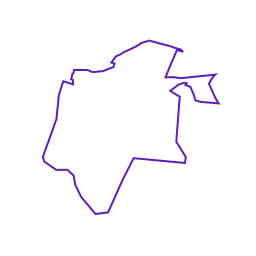 outline of Soledad Etla, Oaxaca, Mexico, rotated 290°
{"feature_id": "50627088B55469637772228", "entity_name": "Soledad Etla", "entity_type": "district", "adm_level": 2, "iso_a3": "MEX", "parent_name": "Mexico", "parent_adm1": "Oaxaca", "projection": "equal_earth", "projection_center": [-96.818, 17.158], "detail": "fine", "context": "isolated", "style": "outline", "palette": "violet", "viewbox_px": 256, "rotation_deg": 290, "n_neighbors": 0, "source": "geoboundaries", "source_scale": "gbopen_adm2", "svg_char_len": 2205}
<svg xmlns="http://www.w3.org/2000/svg" viewBox="0 0 256 256"><g transform="rotate(290 128 128)"><path d="M131.4,178.2L133.1,177.7L137.5,176.4L159.1,170.4L163.1,169.3L165.1,168.7L168.9,167.6L169.2,167.6L173.4,166.4L175.1,165.9L176.5,158.7L177.3,155.0L185.8,160.5L189.6,165.0L190.1,167.8L188.0,167.3L188.0,172.6L180.7,179.3L177.0,181.9L177.5,187.7L182.1,204.8L186.2,199.7L197.3,188.9L203.8,190.0L206.8,191.2L208.0,191.8L205.1,185.8L199.9,175.1L196.4,167.8L192.9,160.7L191.2,152.9L190.8,152.1L190.6,151.5L189.3,148.1L188.4,145.9L201.8,146.4L208.0,146.8L217.9,147.3L218.5,153.8L218.7,153.2L219.7,150.7L219.8,150.5L219.9,150.3L219.6,150.0L219.5,149.5L219.6,149.0L219.4,148.6L219.5,148.1L219.6,147.6L219.7,147.1L219.6,146.6L219.5,146.2L219.4,145.3L219.3,144.9L219.3,144.3L219.4,139.6L218.9,135.7L218.6,132.1L218.5,131.2L218.3,128.8L218.1,126.5L218.0,125.5L218.0,124.5L217.7,121.9L217.3,117.9L213.7,113.2L212.2,111.2L211.2,110.7L209.7,109.6L208.2,108.4L206.4,106.7L204.3,104.7L202.8,103.2L201.3,101.7L200.1,100.4L197.9,98.1L194.5,95.6L191.3,92.2L183.8,90.0L183.9,91.2L184.0,91.8L184.0,92.1L184.0,93.3L180.3,93.5L178.2,91.0L177.0,89.6L176.3,88.8L176.0,88.5L175.5,88.0L174.3,86.5L173.9,86.2L173.7,86.0L173.2,85.3L173.0,85.0L172.5,84.3L172.3,83.9L172.1,83.5L171.7,82.4L171.6,82.1L170.5,80.1L169.9,78.8L169.7,78.5L169.1,77.1L168.9,76.7L168.7,76.1L168.6,75.5L168.5,75.1L168.5,74.7L168.4,73.9L168.5,73.1L168.6,72.0L168.7,70.9L168.6,70.2L166.6,64.4L164.1,57.5L160.9,58.0L160.2,57.2L156.4,57.7L154.4,57.9L154.3,59.6L152.0,60.8L151.3,61.2L150.7,61.4L150.2,61.4L150.0,55.1L149.8,51.2L148.9,51.2L144.3,51.4L143.2,51.4L142.1,51.4L139.7,51.6L137.6,51.7L135.5,51.7L131.1,52.8L130.9,52.8L129.6,53.2L126.0,54.2L124.5,54.5L123.8,54.7L116.3,56.6L113.9,57.2L113.4,57.3L113.2,57.4L112.2,57.7L110.4,57.7L106.3,57.7L103.1,57.8L99.8,57.8L94.7,57.7L93.6,57.8L91.4,57.8L89.7,57.8L87.9,57.9L86.1,57.9L84.5,57.7L82.5,57.8L81.1,57.9L79.7,57.8L78.3,57.8L77.1,57.8L75.6,57.9L74.4,58.0L73.2,57.9L71.6,57.9L67.8,60.9L64.1,74.9L68.0,85.2L64.8,93.1L56.6,97.9L47.3,107.4L36.1,126.8L36.3,127.2L41.8,138.1L78.7,140.8L101.6,143.7L113.7,190.0L114.6,193.5L120.5,192.2L129.6,180.7L131.4,178.2Z" fill="none" stroke="#5b21b6" stroke-width="2"/></g></svg>